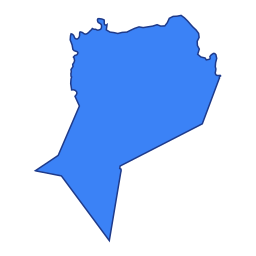 Santos Reyes Tepejillo, Oaxaca, Mexico (orthographic projection)
{"feature_id": "50627088B75439888832629", "entity_name": "Santos Reyes Tepejillo", "entity_type": "district", "adm_level": 2, "iso_a3": "MEX", "parent_name": "Mexico", "parent_adm1": "Oaxaca", "projection": "orthographic", "projection_center": [-97.955, 17.412], "detail": "fine", "context": "isolated", "style": "filled", "palette": "blue", "viewbox_px": 256, "rotation_deg": 0, "n_neighbors": 0, "source": "geoboundaries", "source_scale": "gbopen_adm2", "svg_char_len": 1867}
<svg xmlns="http://www.w3.org/2000/svg" viewBox="0 0 256 256"><path d="M35.4,170.7L35.9,170.9L61.4,175.9L109.3,240.6L120.7,172.7L121.1,170.9L121.0,169.1L119.7,168.5L120.1,166.0L202.3,123.8L219.1,78.8L219.5,78.1L219.3,77.4L219.6,76.7L220.6,75.9L220.3,75.4L217.9,75.5L216.5,75.3L215.7,74.4L215.2,72.9L215.6,71.2L215.9,69.0L215.3,66.7L215.6,62.7L216.7,58.4L215.9,54.7L214.7,53.5L213.4,53.4L211.3,54.8L209.9,56.5L210.2,58.2L209.7,59.2L206.3,59.9L205.1,58.0L200.9,57.0L197.7,54.3L199.3,49.1L197.4,45.5L197.2,41.3L199.1,37.4L198.6,33.4L196.1,30.0L192.7,26.8L190.2,24.0L187.6,21.0L184.5,17.9L181.1,15.4L177.0,16.2L173.1,16.4L169.3,18.3L167.3,22.7L164.8,25.9L160.7,26.1L157.1,24.7L152.7,26.1L147.5,26.9L143.2,27.6L139.0,26.9L134.8,28.3L131.1,30.0L126.9,32.1L122.1,32.4L117.8,33.5L114.0,32.6L110.0,32.1L106.3,29.9L106.9,25.6L107.0,24.6L106.5,25.0L105.2,25.0L104.6,24.5L104.3,23.8L104.2,22.5L104.3,21.0L104.0,19.8L101.8,19.0L100.2,18.8L99.1,18.6L98.0,18.7L97.5,19.5L97.5,20.5L97.8,21.7L98.3,22.5L100.4,23.7L101.3,24.7L101.5,25.7L101.5,26.4L101.5,27.0L101.4,27.7L101.2,28.3L100.6,29.3L99.9,29.6L98.8,30.0L97.7,30.2L96.8,29.9L95.7,29.3L94.5,29.3L93.5,29.1L92.3,28.5L91.5,29.7L90.3,30.7L89.6,31.5L89.1,32.0L88.2,32.8L87.3,33.5L86.7,33.8L86.0,34.0L85.2,34.1L84.5,33.9L83.7,33.5L83.0,32.9L82.4,32.5L81.6,32.3L80.9,32.0L80.1,31.9L79.7,32.7L79.6,33.9L79.6,35.5L79.2,36.9L78.4,38.2L77.3,39.0L76.5,39.0L75.4,38.6L74.7,37.9L73.6,35.4L72.5,34.3L71.1,33.8L70.5,35.8L70.2,39.9L72.1,44.9L72.9,49.4L74.2,50.7L76.9,51.6L77.5,52.0L77.9,52.7L77.7,53.7L77.2,54.4L76.7,54.9L75.8,55.2L74.9,55.4L73.4,57.1L74.1,58.1L74.6,60.7L73.9,62.7L72.7,64.3L73.0,66.6L71.0,69.5L71.3,71.9L70.9,73.5L71.0,76.2L71.6,76.9L71.0,79.3L70.7,83.6L71.5,88.8L71.6,89.9L73.6,89.8L75.4,90.5L76.7,91.9L76.9,93.2L76.4,94.6L75.0,96.3L79.4,106.0L58.2,155.4L35.4,170.7Z" fill="#3b82f6" stroke="#1e3a8a" stroke-width="1.5"/></svg>